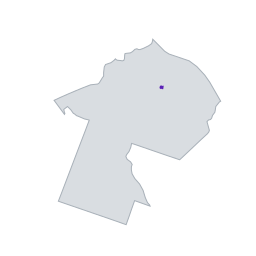 location of Santo Domingo Xenacoj, Sacatepéquez, Guatemala, rotated 199°
{"feature_id": "79465075B12925018589584", "entity_name": "Santo Domingo Xenacoj", "entity_type": "district", "adm_level": 2, "iso_a3": "GTM", "parent_name": "Guatemala", "parent_adm1": "Sacatepéquez", "projection": "robinson", "projection_center": [-90.711, 14.68], "detail": "fine", "context": "in_parent", "style": "filled", "palette": "violet", "viewbox_px": 256, "rotation_deg": 199, "n_neighbors": 0, "source": "geoboundaries", "source_scale": "gbopen_adm2", "svg_char_len": 1968}
<svg xmlns="http://www.w3.org/2000/svg" viewBox="0 0 256 256"><g transform="rotate(199 128 128)"><path d="M49.1,183.5L50.1,182.3L51.0,179.7L52.0,176.9L51.4,173.8L51.0,171.2L52.2,167.4L52.1,164.6L52.7,162.9L54.5,161.8L55.4,159.7L50.3,152.3L50.3,150.6L51.0,148.5L55.2,140.7L60.1,131.3L65.5,121.0L68.8,114.8L80.7,114.7L88.6,114.7L98.6,114.7L109.5,114.7L116.6,114.7L119.6,114.6L119.1,110.6L119.4,106.1L120.7,102.1L120.7,100.3L118.6,98.1L114.5,96.8L112.2,94.9L112.2,92.5L111.2,89.5L109.2,86.0L105.1,82.4L98.8,78.8L93.4,73.9L89.0,67.8L85.3,63.8L82.4,62.2L81.7,61.3L90.1,61.4L98.1,61.5L98.2,52.7L98.2,44.9L98.3,36.0L112.7,36.1L129.9,36.1L147.7,36.1L161.7,36.1L170.0,36.1L169.6,47.1L169.2,59.7L168.9,69.0L168.5,81.5L168.1,94.2L167.5,111.5L167.2,122.7L167.4,122.9L172.1,122.4L179.0,122.9L180.7,122.9L182.8,123.8L184.5,124.1L188.0,126.6L192.2,128.6L194.8,124.7L193.4,122.4L192.4,121.2L192.5,120.2L206.9,130.1L205.2,131.7L201.6,135.2L195.0,141.3L189.0,146.7L183.3,151.7L178.1,156.1L177.5,156.6L171.0,159.7L169.9,161.2L168.5,167.5L167.9,169.0L169.1,172.5L170.3,177.9L169.9,180.7L165.4,184.2L163.3,187.3L162.4,189.3L161.6,188.8L160.1,188.6L156.9,189.4L155.3,189.6L154.0,190.5L153.9,192.4L154.8,195.6L155.1,197.2L154.2,197.9L150.2,199.8L148.6,201.7L147.1,204.6L145.4,205.8L143.6,205.6L142.3,206.0L139.5,208.2L135.3,212.4L133.1,215.5L133.1,217.9L133.5,220.0L118.3,212.5L113.3,211.3L92.0,211.4L82.9,208.5L72.5,202.9L65.5,197.8L49.1,183.5Z" fill="#d9dde1" stroke="#a8b0b8" stroke-width="1"/><path d="M108.2,176.7L108.2,176.8L108.3,176.8L108.4,177.0L108.5,177.3L108.5,177.7L108.4,178.0L108.4,178.3L108.5,178.5L108.6,178.4L108.9,178.3L109.2,178.3L109.7,178.3L110.1,178.3L110.3,178.3L110.4,178.2L110.5,178.1L110.7,177.9L110.7,177.5L110.7,177.4L110.7,177.2L110.6,176.9L110.6,176.6L110.4,176.4L109.9,176.3L109.8,176.6L109.7,176.7L109.6,176.8L109.4,176.8L109.2,176.9L108.9,176.9L108.7,176.8L108.6,176.7L108.4,176.7L108.2,176.7Z" fill="#8b5cf6" stroke="#5b21b6" stroke-width="1.5"/></g></svg>